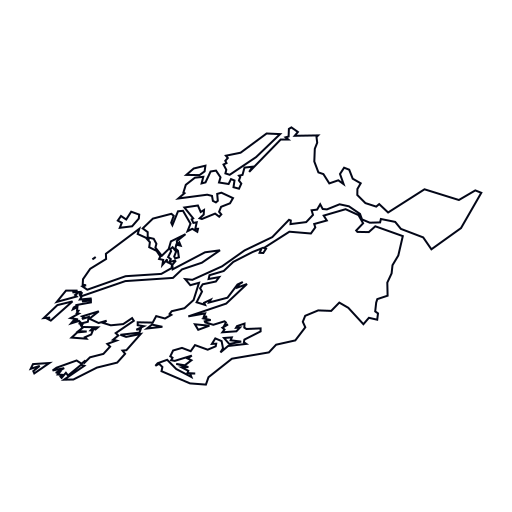 Nærøy nor, Nord-Trøndelag, Norway
{"feature_id": "86288312B32212303283583", "entity_name": "Nærøy nor", "entity_type": "district", "adm_level": 2, "iso_a3": "NOR", "parent_name": "Norway", "parent_adm1": "Nord-Trøndelag", "projection": "mercator", "projection_center": [11.614, 64.899], "detail": "fine", "context": "isolated", "style": "outline", "palette": "ink", "viewbox_px": 512, "rotation_deg": 0, "n_neighbors": 0, "source": "geoboundaries", "source_scale": "gbopen_adm2", "svg_char_len": 6021}
<svg xmlns="http://www.w3.org/2000/svg" viewBox="0 0 512 512"><path d="M365.4,203.1L357.3,195.0L357.4,189.0L360.7,183.3L352.7,178.7L349.2,169.7L344.1,167.7L340.0,174.0L343.6,184.1L338.3,180.3L329.3,183.4L323.4,174.1L318.4,172.4L314.3,161.5L314.8,148.8L317.2,142.7L316.5,137.0L318.1,135.4L294.7,135.8L297.9,132.0L291.4,127.4L288.9,128.9L288.6,136.5L285.6,137.3L288.3,139.5L280.7,139.5L249.2,171.9L252.5,166.7L244.5,167.6L242.5,174.9L239.0,175.7L240.2,177.1L238.9,180.5L241.3,183.6L239.0,188.7L233.5,187.2L234.5,180.5L231.0,179.1L228.6,184.0L219.0,182.5L220.5,177.3L216.0,170.6L210.6,171.5L205.5,182.4L201.6,183.4L203.3,176.8L194.9,177.7L185.8,184.8L183.4,192.6L184.5,193.2L178.3,198.5L207.2,194.7L212.0,195.9L212.9,200.9L215.9,202.4L217.8,200.8L217.2,193.9L221.4,192.7L233.0,198.1L230.0,203.3L221.1,206.8L219.1,211.8L221.3,214.4L219.2,216.7L215.1,213.6L201.9,219.0L199.7,218.3L203.7,214.6L204.0,210.0L200.7,212.0L197.9,205.5L184.4,207.5L193.2,218.4L191.7,219.3L193.4,222.9L196.7,222.3L195.3,228.9L198.0,228.8L197.3,231.8L192.3,228.8L187.5,231.2L190.5,223.7L183.0,210.8L178.0,211.3L172.4,225.2L171.2,222.7L173.7,215.8L171.4,213.8L152.9,218.6L142.7,228.4L147.7,232.1L147.7,237.4L153.7,238.8L156.4,243.8L155.4,247.6L161.8,255.8L168.7,249.0L170.9,241.4L185.5,234.2L176.8,241.1L177.2,244.6L179.3,242.3L180.7,245.7L176.3,244.6L175.4,248.4L177.9,250.7L178.9,257.3L175.2,258.4L174.2,256.5L176.1,251.6L172.6,247.2L170.2,249.2L171.1,251.2L168.1,257.1L170.8,259.1L169.3,262.1L174.9,260.6L175.4,261.2L172.3,264.9L172.7,269.3L205.0,252.3L220.0,250.3L201.9,262.7L182.0,269.4L173.0,277.9L125.3,281.1L82.1,296.0L80.6,295.6L81.8,293.0L80.5,292.2L79.7,294.6L81.3,297.2L79.9,299.5L91.6,298.4L82.0,301.5L90.9,300.4L90.9,302.4L75.5,305.2L77.1,305.5L73.7,307.5L72.9,309.3L77.4,307.2L77.0,310.7L78.4,310.8L76.8,313.1L78.8,313.6L70.6,318.1L78.0,319.4L73.4,320.7L71.1,323.4L79.1,320.9L81.3,323.2L80.2,323.0L78.7,323.7L82.0,323.7L80.8,325.2L81.7,326.6L82.6,323.1L87.8,321.8L88.8,316.9L82.1,319.0L83.7,317.4L82.1,316.4L98.8,311.3L89.4,318.7L98.6,323.0L106.6,320.7L103.0,322.9L110.8,325.3L123.2,324.1L132.1,318.1L133.8,320.8L115.7,333.1L118.3,335.5L113.0,339.8L116.4,340.6L107.3,343.9L110.1,346.6L103.4,353.9L90.0,357.3L83.6,363.6L85.5,360.4L81.5,363.7L76.6,360.5L56.5,367.7L52.6,370.5L64.2,368.1L55.7,372.8L59.8,372.1L57.8,374.5L61.7,374.8L60.4,376.5L61.6,377.9L65.9,372.8L68.0,375.5L81.1,364.8L84.3,365.8L64.0,379.7L73.4,379.5L96.9,367.6L117.2,362.6L125.1,353.8L122.5,350.6L126.4,350.2L140.7,334.0L126.1,336.9L120.4,334.8L139.5,332.6L140.7,329.2L136.3,329.7L143.8,326.2L137.7,325.2L137.7,322.3L152.7,322.6L156.2,316.1L165.0,318.5L171.3,314.9L169.6,313.9L171.7,311.2L184.5,308.2L193.6,300.0L199.0,282.8L190.3,285.2L185.2,279.1L192.4,279.8L222.1,266.3L244.6,250.4L272.3,237.1L289.0,219.8L290.8,220.5L290.5,224.1L306.2,222.1L313.0,214.9L311.6,210.3L317.1,209.6L320.2,204.3L322.7,209.0L326.9,209.4L339.6,204.3L348.9,206.3L360.0,213.9L362.0,219.4L369.8,222.7L380.1,222.4L380.9,219.0L395.2,221.9L400.9,228.9L423.2,237.4L431.4,249.3L461.0,228.1L481.3,192.8L475.3,190.4L458.9,200.0L424.5,189.3L388.1,212.5L379.2,204.1L376.2,206.6L365.4,203.1ZM402.8,236.1L375.3,226.3L368.8,232.1L357.4,231.9L356.2,230.5L363.1,223.3L358.5,215.1L345.6,209.2L323.7,215.6L326.8,220.5L314.2,224.0L315.3,227.4L310.9,233.5L289.4,231.7L263.9,248.0L266.0,248.8L263.3,253.0L259.6,252.8L261.6,248.4L252.6,252.0L233.3,261.9L223.7,271.0L209.5,275.2L208.6,279.0L219.2,277.1L215.9,281.5L202.7,284.3L200.1,288.2L202.0,291.6L196.6,302.3L205.1,304.9L204.1,302.8L210.7,299.7L209.1,302.5L227.5,297.7L237.5,284.5L242.8,282.0L239.2,284.2L237.6,287.5L247.0,284.0L226.2,303.6L188.3,316.4L205.1,313.4L203.8,316.8L207.0,316.6L203.8,318.5L210.7,320.0L204.8,321.3L205.3,322.4L213.3,324.8L224.5,321.3L225.9,322.5L224.5,325.1L228.0,324.5L222.4,327.7L224.5,329.5L222.4,332.3L236.4,331.3L240.0,327.5L236.0,327.8L237.0,326.1L244.5,323.6L244.3,327.6L246.4,329.0L260.6,328.4L260.6,331.4L244.4,339.6L243.9,342.3L246.3,343.9L228.1,346.0L220.5,352.4L223.0,348.3L221.6,341.1L215.3,338.4L211.9,343.9L216.2,343.7L215.7,346.3L207.7,349.7L195.0,345.1L190.7,351.2L182.0,347.9L173.1,350.5L170.3,356.3L172.5,357.7L171.2,360.2L174.7,360.9L191.8,355.6L187.6,358.5L191.4,360.3L184.8,365.3L176.2,363.9L188.4,367.0L181.7,367.4L188.3,370.8L187.4,373.1L195.2,373.5L190.1,373.6L191.4,377.0L176.2,369.0L167.2,359.8L157.7,363.2L155.4,365.8L159.1,363.8L162.4,367.0L161.5,371.2L190.0,383.4L205.9,384.6L208.5,377.2L231.9,358.7L268.9,352.4L276.1,344.7L295.3,340.4L305.3,327.3L302.8,321.8L305.2,315.8L318.2,310.4L331.2,310.9L339.3,302.6L348.3,307.8L363.4,324.2L368.9,317.8L377.2,319.7L378.0,313.4L375.2,311.4L376.2,302.5L377.3,299.1L387.6,295.7L387.3,282.6L391.6,273.4L392.5,265.2L398.3,255.5L402.8,236.1ZM139.3,228.8L105.9,253.8L106.1,259.0L90.2,268.8L83.0,279.2L82.7,284.6L86.0,285.3L82.4,286.4L87.3,289.7L125.6,276.2L161.3,273.9L171.6,268.1L172.0,264.5L166.6,261.6L167.2,259.3L162.4,264.9L163.2,259.9L159.1,259.0L160.3,256.4L156.6,250.9L149.2,247.2L149.9,242.2L147.3,239.3L149.5,239.4L137.7,234.0L139.3,228.8ZM266.6,133.5L240.6,152.7L225.9,155.7L227.8,158.0L225.3,160.8L226.5,163.1L223.5,164.5L226.3,169.8L225.4,173.4L229.7,174.8L256.1,157.1L280.1,134.1L266.6,133.5ZM139.2,214.6L131.2,211.7L126.2,219.5L121.0,216.0L117.8,220.6L121.8,222.8L119.8,227.8L132.1,226.3L138.8,218.6L139.2,214.6ZM72.5,301.4L57.4,305.1L43.7,318.1L50.0,317.6L47.6,318.9L50.8,320.6L72.5,301.4ZM83.6,327.0L78.3,331.2L86.7,331.5L77.3,332.4L71.6,337.6L86.4,338.7L85.0,337.2L91.2,334.5L92.8,330.6L90.6,330.4L92.5,328.4L95.4,329.5L98.0,327.3L83.6,327.0ZM77.5,290.6L66.0,290.6L56.8,301.9L76.7,296.5L75.1,295.0L79.1,292.0L72.5,292.4L77.5,290.6ZM205.4,165.7L193.7,168.5L186.3,174.9L199.5,175.1L204.6,171.4L205.4,165.7ZM49.4,363.0L33.0,364.1L30.7,368.8L39.7,365.9L33.3,371.1L34.3,373.4L49.4,363.0ZM231.8,337.4L224.0,338.0L229.3,344.0L241.2,341.6L230.6,340.3L231.8,337.4ZM209.4,325.7L194.9,324.3L198.2,329.8L209.4,325.7ZM162.4,326.8L152.0,324.6L147.0,328.5L162.4,326.8ZM92.4,259.3L93.5,258.7L95.7,257.0L92.4,259.3Z" fill="none" stroke="#020617" stroke-width="2"/></svg>